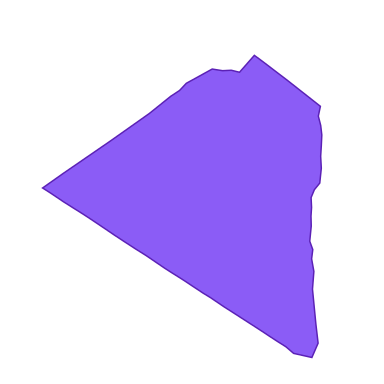 outline of Monteirópolis, Alagoas, Brazil, rotated 279°
{"feature_id": "56859067B73934188200413", "entity_name": "Monteirópolis", "entity_type": "district", "adm_level": 2, "iso_a3": "BRA", "parent_name": "Brazil", "parent_adm1": "Alagoas", "projection": "robinson", "projection_center": [-37.302, -9.591], "detail": "fine", "context": "isolated", "style": "filled", "palette": "violet", "viewbox_px": 384, "rotation_deg": 279, "n_neighbors": 0, "source": "geoboundaries", "source_scale": "gbopen_adm2", "svg_char_len": 871}
<svg xmlns="http://www.w3.org/2000/svg" viewBox="0 0 384 384"><g transform="rotate(279 192 192)"><path d="M283.3,156.1L262.7,137.4L229.7,103.5L190.5,62.2L172.6,43.8L168.8,52.5L162.1,66.9L157.2,78.3L152.8,88.6L146.0,103.5L137.1,122.5L132.3,133.1L126.6,145.9L122.1,156.5L116.1,169.2L112.3,177.3L109.1,184.6L103.7,197.2L98.9,207.7L93.7,219.1L90.8,226.2L83.6,241.6L78.4,253.5L75.0,261.2L67.2,278.9L61.2,292.1L57.8,299.7L53.8,309.0L48.5,317.6L47.3,336.3L62.4,340.2L81.0,335.0L114.9,326.2L132.6,324.8L144.7,320.6L154.0,320.3L161.8,316.0L177.0,315.1L186.8,313.3L195.5,312.5L205.1,310.5L213.4,312.5L220.8,316.8L235.7,316.0L247.4,313.5L257.8,312.5L268.6,311.3L277.9,308.7L286.7,304.9L296.7,305.4L317.0,269.1L332.1,241.1L336.7,232.2L317.7,220.2L318.4,211.8L316.6,203.2L316.6,192.7L298.5,169.4L290.3,163.8L283.3,156.1Z" fill="#8b5cf6" stroke="#5b21b6" stroke-width="1.5"/></g></svg>